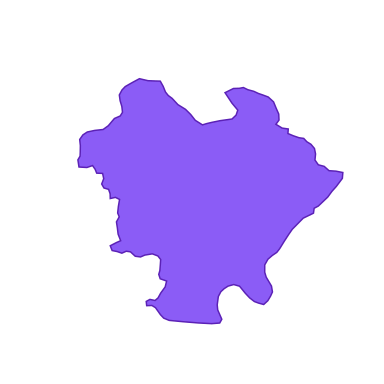 outline of Adolfo, São Paulo, Brazil, rotated 303°
{"feature_id": "56859067B34209687665610", "entity_name": "Adolfo", "entity_type": "district", "adm_level": 2, "iso_a3": "BRA", "parent_name": "Brazil", "parent_adm1": "São Paulo", "projection": "orthographic", "projection_center": [-49.657, -21.281], "detail": "fine", "context": "isolated", "style": "filled", "palette": "violet", "viewbox_px": 384, "rotation_deg": 303, "n_neighbors": 0, "source": "geoboundaries", "source_scale": "gbopen_adm2", "svg_char_len": 2072}
<svg xmlns="http://www.w3.org/2000/svg" viewBox="0 0 384 384"><g transform="rotate(303 192 192)"><path d="M307.6,178.2L304.8,175.3L301.4,170.4L293.3,165.6L288.3,177.1L285.6,185.8L280.5,187.1L275.0,185.8L267.1,176.7L261.2,170.7L257.3,167.0L254.0,164.2L253.9,155.7L256.3,148.7L257.8,141.5L257.6,132.6L259.7,124.3L260.0,119.5L261.4,115.3L264.9,110.3L267.7,105.0L265.2,100.9L261.4,94.5L258.4,86.2L252.4,82.9L248.6,80.9L244.1,78.6L239.4,77.7L233.8,78.2L229.4,82.0L225.5,86.6L221.0,90.3L216.7,90.4L211.4,86.9L202.0,85.7L196.0,83.4L190.6,76.8L185.3,71.5L180.5,69.4L174.9,69.2L170.1,73.1L164.5,76.6L161.1,78.6L156.8,78.8L151.4,83.6L155.3,90.5L160.0,94.2L158.3,98.4L155.9,101.8L158.9,106.9L155.1,110.7L149.5,111.9L147.4,116.0L148.8,120.6L145.9,124.3L142.0,127.0L145.8,130.7L146.3,135.3L139.8,138.1L133.9,141.1L131.5,144.5L125.8,144.9L121.3,148.9L116.4,153.0L112.3,158.7L108.5,156.2L102.4,152.7L99.4,156.9L101.3,161.7L102.5,166.5L106.5,169.1L108.3,173.0L107.2,179.4L109.5,184.2L113.4,186.8L118.5,192.4L119.8,198.2L118.3,202.5L114.2,204.8L108.7,207.8L104.8,209.0L101.9,212.6L103.5,219.2L97.8,221.2L90.1,220.8L84.7,221.2L80.9,220.1L79.0,215.2L75.3,213.2L72.0,215.9L75.0,220.2L75.1,224.4L71.9,232.4L70.8,237.0L71.9,242.8L78.1,254.7L85.6,268.6L92.3,280.2L97.2,286.6L101.5,286.3L107.1,277.8L111.1,274.6L118.7,271.0L124.1,270.5L128.4,271.6L132.7,273.5L137.1,277.4L138.9,283.2L136.1,291.9L134.6,298.0L134.1,304.0L135.1,308.4L136.7,313.4L142.1,314.8L147.4,314.6L152.0,313.9L156.4,309.9L161.0,300.6L164.3,296.7L170.5,292.7L177.0,292.3L182.5,293.9L187.5,296.0L192.3,296.4L201.0,296.2L208.8,296.2L215.4,296.4L230.6,299.5L240.4,305.4L244.9,303.3L249.0,305.6L261.6,308.6L268.7,309.0L275.2,310.0L285.3,310.7L290.5,307.9L287.9,301.4L284.5,295.3L285.5,288.9L283.6,283.1L285.8,277.7L291.2,274.9L295.2,271.0L296.8,265.8L296.7,260.9L297.8,256.5L295.8,252.2L294.3,246.2L293.3,240.6L297.3,238.4L294.7,232.8L294.5,225.5L299.7,225.8L304.6,222.3L308.2,216.8L312.0,211.3L313.2,204.2L311.9,198.4L310.8,194.0L310.1,189.0L308.2,183.1L307.6,178.2Z" fill="#8b5cf6" stroke="#5b21b6" stroke-width="1.5"/></g></svg>